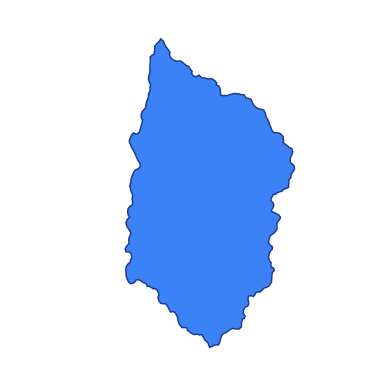 the district of Teresópolis, Rio de Janeiro, Brazil, rotated 315°
{"feature_id": "56859067B36550414581908", "entity_name": "Teresópolis", "entity_type": "district", "adm_level": 2, "iso_a3": "BRA", "parent_name": "Brazil", "parent_adm1": "Rio de Janeiro", "projection": "robinson", "projection_center": [-42.875, -22.297], "detail": "fine", "context": "isolated", "style": "filled", "palette": "blue", "viewbox_px": 384, "rotation_deg": 315, "n_neighbors": 0, "source": "geoboundaries", "source_scale": "gbopen_adm2", "svg_char_len": 3866}
<svg xmlns="http://www.w3.org/2000/svg" viewBox="0 0 384 384"><g transform="rotate(315 192 192)"><path d="M291.4,235.1L293.3,231.8L292.2,229.3L292.0,225.5L291.3,222.0L293.3,220.1L295.7,217.3L295.7,212.8L294.0,210.3L291.7,207.8L292.3,204.3L293.6,201.6L294.6,199.0L295.6,197.2L296.6,195.2L297.1,193.1L297.7,191.0L299.4,188.5L300.6,185.0L299.7,182.8L297.8,180.1L297.0,176.3L297.1,173.6L298.0,171.3L299.2,168.5L298.3,166.0L296.7,163.5L297.6,160.1L295.7,158.1L294.5,155.7L292.8,153.6L291.3,152.0L289.2,150.9L287.5,149.7L285.2,149.0L283.9,147.3L282.4,146.1L280.7,143.8L283.1,141.1L285.0,138.7L285.9,136.1L284.8,133.4L286.6,132.3L286.8,129.3L286.2,125.7L283.5,123.7L281.9,120.9L280.6,119.4L279.6,117.5L279.6,114.2L276.7,113.7L275.1,111.4L275.3,108.1L277.4,106.9L277.6,104.2L278.4,100.9L277.3,98.1L277.1,95.1L276.7,91.4L274.8,89.8L273.3,88.0L272.0,85.3L271.9,82.0L272.7,79.6L274.9,77.9L275.8,74.9L276.3,70.9L277.2,67.8L278.4,65.1L278.2,61.7L274.9,62.3L271.4,62.2L268.5,62.8L267.0,64.4L265.2,65.7L263.2,67.7L260.0,67.0L257.9,66.9L256.2,69.0L254.0,71.0L252.1,72.5L249.8,74.8L247.7,76.7L245.7,78.3L243.1,79.7L241.1,81.3L239.8,83.6L238.5,87.0L236.1,88.4L234.1,90.8L230.9,91.7L228.7,93.8L226.8,94.8L223.9,96.0L222.2,97.0L220.0,98.7L218.1,99.8L214.4,99.8L211.6,100.8L208.9,103.2L208.0,106.0L205.2,108.1L202.7,109.3L200.2,110.8L198.0,112.0L195.7,112.6L193.4,111.6L192.5,108.9L189.7,109.0L186.8,110.1L184.0,111.2L182.5,113.4L181.7,116.0L180.6,118.3L180.2,120.7L179.3,123.1L178.6,125.3L177.7,127.2L176.7,129.9L175.9,132.4L175.2,135.5L173.0,137.6L170.4,137.5L167.5,136.4L165.2,136.6L162.6,137.7L160.8,138.4L158.0,139.9L156.1,141.5L154.1,142.6L152.2,143.8L150.9,146.1L149.3,148.4L148.6,150.9L147.4,152.8L145.2,154.1L143.4,156.4L141.1,159.0L137.8,158.3L135.0,158.6L132.4,160.6L130.8,162.8L130.0,165.7L127.0,165.6L123.9,166.8L122.6,168.5L121.5,170.7L120.9,174.0L120.2,177.2L118.4,178.6L115.9,179.5L113.6,180.9L111.3,183.7L108.5,184.1L106.3,184.2L104.2,185.3L103.0,187.7L105.1,189.8L105.2,192.4L104.2,194.7L102.5,195.9L100.7,196.5L98.5,198.1L96.5,197.6L94.6,197.8L92.6,198.4L90.7,199.7L89.2,201.4L87.4,203.3L85.5,205.7L84.2,208.7L83.4,211.0L83.9,213.5L86.2,215.0L88.3,215.2L90.4,214.7L92.6,216.8L93.5,221.4L94.7,224.4L93.7,226.8L95.6,229.6L96.0,232.8L98.1,235.2L97.8,237.4L96.9,239.6L95.9,241.4L93.7,242.2L92.1,244.4L91.5,246.5L91.2,248.8L92.8,250.8L94.4,252.6L93.9,255.4L93.1,258.1L91.9,261.7L94.3,263.3L94.7,265.8L94.0,268.5L92.6,271.3L90.9,273.6L89.5,276.5L89.1,280.8L92.3,284.2L91.0,286.7L91.3,289.2L91.8,292.3L93.1,294.9L95.2,296.0L96.1,298.3L98.1,299.9L97.6,302.2L96.7,304.6L96.3,306.9L96.8,309.6L95.8,311.6L94.6,314.3L97.3,315.5L100.0,316.3L102.4,318.7L104.3,318.4L106.4,317.1L108.7,315.8L111.4,314.6L113.3,314.1L115.0,314.9L117.1,315.5L119.5,316.0L121.6,316.0L124.1,317.1L126.7,320.4L128.6,322.2L131.7,322.3L133.7,320.3L135.5,318.9L137.8,317.4L139.5,318.4L141.7,317.4L142.6,313.8L145.0,311.9L148.4,311.1L150.6,312.0L152.5,311.6L154.0,310.1L156.0,307.2L158.4,305.6L160.6,307.1L161.5,309.3L163.4,309.2L166.1,308.4L168.0,309.1L169.3,310.7L172.0,311.0L175.2,310.9L177.2,312.1L179.5,312.8L181.9,312.5L184.5,311.9L187.5,309.3L189.9,307.1L192.1,305.7L194.8,305.7L195.9,303.2L194.9,301.0L196.3,299.3L198.0,297.7L198.2,295.4L199.7,292.4L203.2,290.2L205.7,289.2L208.4,289.2L210.1,287.7L209.7,285.0L210.1,282.3L212.2,280.4L214.0,279.2L216.6,278.3L218.9,278.6L220.8,279.0L222.7,278.9L225.8,278.4L228.2,275.9L230.0,273.9L232.8,273.6L234.9,273.3L236.6,272.5L237.1,269.9L236.6,267.7L235.7,264.6L234.3,261.9L236.2,260.8L238.5,260.3L240.5,259.3L241.8,256.8L241.6,253.5L244.4,252.3L247.6,251.3L249.7,252.6L252.0,252.9L254.2,253.8L256.0,255.1L258.8,254.8L260.9,256.0L263.4,257.0L266.3,254.5L269.2,251.9L272.1,251.7L274.2,249.9L277.4,249.1L280.5,248.4L282.6,246.0L282.7,242.9L282.4,240.7L283.8,239.1L285.7,237.4L288.2,236.5L291.4,235.1Z" fill="#3b82f6" stroke="#1e3a8a" stroke-width="1.5"/></g></svg>